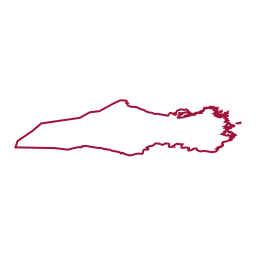 Borgarbyggð, Vesturland, Iceland (Equal Earth projection), rotated 181°
{"feature_id": "244011B50787148750106", "entity_name": "Borgarbyggð", "entity_type": "district", "adm_level": 2, "iso_a3": "ISL", "parent_name": "Iceland", "parent_adm1": "Vesturland", "projection": "equal_earth", "projection_center": [-22.083, 64.706], "detail": "fine", "context": "isolated", "style": "outline", "palette": "rose", "viewbox_px": 256, "rotation_deg": 181, "n_neighbors": 0, "source": "geoboundaries", "source_scale": "gbopen_adm2", "svg_char_len": 5685}
<svg xmlns="http://www.w3.org/2000/svg" viewBox="0 0 256 256"><g transform="rotate(181 128 128)"><path d="M130.6,155.4L136.2,155.5L142.9,152.3L156.9,144.3L166.3,143.1L176.5,137.3L214.7,131.1L223.5,123.4L238.1,113.1L240.2,106.7L200.1,106.6L188.0,105.3L177.9,107.9L174.0,107.9L173.4,109.1L169.5,109.3L158.4,107.6L154.3,107.6L151.4,106.4L150.2,106.7L149.0,106.1L145.8,106.0L144.4,105.2L135.8,103.6L134.7,102.4L134.2,102.5L134.2,103.0L133.4,103.1L132.3,102.9L131.6,102.1L125.5,100.5L118.2,102.6L113.5,102.4L112.8,103.1L112.4,105.3L111.5,106.7L107.7,106.8L107.3,107.2L107.4,107.7L108.9,108.7L106.4,110.1L102.8,110.8L100.4,113.0L97.1,113.0L93.1,111.7L90.1,113.3L86.7,112.9L86.4,111.0L86.8,110.2L85.7,109.8L82.0,110.1L82.5,110.5L82.4,110.9L79.2,113.0L73.2,112.6L74.3,111.3L74.1,109.2L68.5,109.5L67.6,108.9L66.7,109.0L66.5,107.9L67.5,107.0L67.1,106.5L63.9,107.0L62.0,108.5L59.2,108.7L58.8,107.4L56.4,106.1L54.4,105.9L51.9,106.5L42.7,105.2L42.1,105.6L39.7,106.0L39.2,106.7L38.6,106.9L37.5,108.5L37.6,108.8L38.6,108.9L37.7,109.4L38.4,109.7L38.0,110.2L37.3,110.5L35.1,110.5L34.0,111.1L33.8,111.3L34.2,111.5L32.9,111.9L32.7,113.2L33.6,113.6L33.2,114.3L32.5,114.3L33.4,114.7L33.0,115.5L29.6,116.2L27.3,117.3L25.0,117.6L24.4,118.0L25.3,118.7L25.1,118.8L25.5,119.3L24.6,119.3L25.1,119.8L23.1,120.6L22.1,120.4L21.2,120.9L24.0,120.8L25.5,120.2L25.3,120.7L24.8,120.7L25.1,121.0L23.8,121.7L24.4,122.0L22.2,122.5L23.9,123.2L24.9,122.2L27.0,122.2L27.1,122.6L28.3,122.6L29.0,122.0L33.5,123.3L32.9,123.5L33.3,124.1L30.9,124.8L30.7,125.2L31.6,125.2L31.8,126.1L30.9,126.3L30.2,127.3L28.9,127.2L28.5,126.8L29.0,126.5L28.0,126.8L28.1,128.2L27.7,128.8L24.9,129.9L25.1,130.4L24.6,131.3L25.2,131.5L25.5,131.0L26.4,130.8L27.2,130.0L28.1,129.8L27.8,130.1L29.4,129.3L31.0,129.1L30.1,129.6L30.8,129.7L30.2,130.1L32.2,130.3L31.0,130.5L31.2,130.8L30.2,131.2L31.0,131.3L30.3,131.6L30.1,132.5L29.0,133.3L27.5,133.9L25.6,133.0L22.4,132.1L23.1,131.3L22.0,131.4L21.7,132.1L27.2,133.9L27.6,134.3L27.0,134.7L29.3,135.9L28.9,136.4L29.8,135.6L30.9,135.8L30.3,136.2L30.6,136.3L30.1,137.3L29.4,137.8L29.8,137.6L29.9,138.0L30.8,137.7L30.0,138.3L30.4,138.2L30.4,138.4L30.1,138.3L28.9,139.3L30.0,138.7L29.5,139.3L30.1,138.9L30.3,139.2L30.7,138.8L31.5,138.7L31.3,138.8L31.0,138.8L30.7,139.2L31.0,139.3L30.5,139.8L29.9,140.0L30.6,139.9L29.7,141.3L30.1,140.9L30.1,141.2L30.5,141.0L30.3,141.3L31.1,141.4L31.0,141.6L32.0,141.4L31.9,141.8L32.7,141.3L33.0,141.6L33.7,141.2L33.8,141.9L35.6,140.3L36.8,140.1L37.3,140.4L36.9,140.5L38.2,140.8L37.7,141.3L39.2,141.0L39.8,141.3L38.9,141.5L37.7,142.6L36.2,142.3L36.4,142.6L36.1,142.7L37.7,142.7L39.0,142.3L39.6,142.5L40.1,141.6L40.9,142.2L41.2,142.6L39.7,142.8L39.7,143.1L40.4,142.9L39.8,143.6L40.1,144.0L40.9,143.7L41.9,143.9L41.2,144.2L41.4,144.6L40.3,144.7L40.0,145.3L40.3,145.5L40.1,145.6L40.2,145.8L39.6,145.7L40.1,146.1L39.7,146.3L40.0,146.9L39.2,146.8L38.8,147.4L38.8,148.6L39.4,147.8L39.3,147.1L40.0,147.6L39.5,148.1L40.2,149.2L40.4,148.7L40.2,148.4L40.6,148.5L40.2,148.0L40.1,147.2L40.4,146.8L40.3,146.4L40.6,146.3L41.3,146.8L41.1,146.9L41.4,147.4L42.6,147.3L42.4,148.3L42.6,148.3L42.6,148.5L42.3,148.8L43.2,149.0L43.3,149.4L43.6,149.1L43.9,149.4L43.5,149.6L43.6,149.9L44.6,149.8L45.1,149.3L45.2,149.6L44.8,150.0L45.9,149.9L46.7,149.3L47.7,149.2L46.3,149.8L46.3,150.2L45.6,150.6L46.5,150.6L47.0,149.9L49.2,149.5L49.1,149.3L49.7,148.9L50.9,148.8L50.1,149.6L52.1,149.5L53.0,147.4L52.5,147.0L52.8,146.3L52.3,146.3L53.7,146.0L54.9,145.2L54.5,145.0L54.8,144.6L54.5,144.6L54.7,144.2L55.7,144.4L56.4,144.1L56.5,144.7L57.1,144.0L56.8,145.2L57.7,144.6L58.7,144.6L58.7,144.3L59.6,144.2L59.9,143.8L60.1,144.3L60.8,144.4L61.6,143.6L61.7,142.5L62.2,142.8L62.8,142.2L64.2,142.6L64.5,142.2L65.2,142.3L65.7,141.6L66.4,142.2L65.6,142.6L65.9,142.9L64.6,143.5L65.3,143.7L66.2,143.1L67.3,143.7L66.5,143.2L66.5,142.4L68.0,142.0L67.8,141.8L68.4,141.2L68.2,140.9L69.6,140.8L69.0,141.7L70.5,141.4L69.9,141.0L70.0,140.5L71.9,140.2L72.3,139.7L77.7,139.1L78.4,139.4L78.4,139.7L76.5,141.5L74.8,142.6L73.2,142.7L76.7,142.7L77.2,143.0L77.1,143.8L74.8,143.7L70.3,144.7L69.0,144.5L68.1,144.0L68.3,144.5L67.4,145.0L68.7,145.5L68.8,146.0L68.3,146.3L70.0,147.6L71.6,147.2L75.7,147.5L78.2,146.7L79.3,145.8L80.1,144.5L81.3,143.7L80.0,142.4L81.1,142.0L82.5,142.3L82.8,142.6L82.5,142.8L83.3,143.3L85.8,143.8L86.9,143.1L88.3,141.0L99.2,142.7L101.9,142.5L104.1,143.6L107.6,144.0L110.3,144.9L111.9,146.0L117.1,147.6L118.7,148.7L121.7,149.2L125.5,149.3L128.6,150.5L129.2,151.9L128.5,152.7L129.9,153.0L129.6,153.4L130.1,153.9L129.7,154.8L130.6,155.4ZM30.2,143.7L28.4,144.5L28.9,145.1L28.7,145.6L29.8,145.0L31.3,144.9L31.7,144.3L31.3,144.0L31.5,143.7L30.2,143.7ZM26.2,125.8L24.7,125.2L21.0,122.8L21.3,122.2L20.2,122.8L25.0,125.8L26.7,126.1L27.6,125.7L27.4,125.3L25.5,125.3L25.9,125.7L27.1,125.5L26.2,125.8ZM42.3,149.1L41.2,148.7L41.3,149.4L40.8,149.3L40.2,149.6L42.2,149.8L43.4,150.5L44.8,150.3L43.3,150.3L42.1,149.7L42.3,149.1ZM31.4,142.1L29.5,141.4L28.7,141.7L28.6,141.8L29.8,142.0L30.1,142.6L30.6,142.8L31.4,142.7L32.1,142.2L31.4,142.3L31.4,142.1ZM38.9,143.8L38.5,144.3L39.6,144.5L39.4,144.5L39.5,145.0L39.2,144.9L39.1,145.2L39.4,145.3L40.3,144.7L39.9,144.5L40.1,144.1L39.4,144.2L39.5,143.9L38.9,143.8ZM36.2,144.8L35.8,145.8L36.2,146.0L36.8,145.7L36.0,145.6L36.2,144.8ZM54.5,146.3L54.8,145.6L54.3,146.1L53.4,146.2L54.5,146.3ZM38.6,144.4L37.3,144.0L37.9,144.4L37.8,144.9L38.6,144.4ZM35.4,146.4L34.6,146.2L34.6,146.8L35.4,146.4ZM35.1,143.4L35.2,142.7L34.4,143.2L35.1,143.4ZM28.2,137.3L29.1,136.5L28.0,137.2L28.2,137.3ZM16.5,135.0L15.9,134.9L15.8,135.1L16.2,135.1L16.1,135.4L16.5,135.0ZM18.8,134.5L18.4,134.3L18.0,134.7L18.8,134.5ZM28.8,138.9L28.2,139.2L28.0,139.3L28.8,138.9Z" fill="none" stroke="#9f1239" stroke-width="2"/></g></svg>